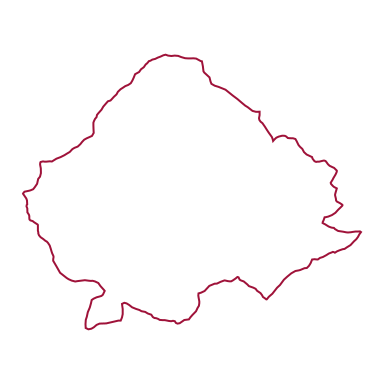 outline of Soe, Thimphu, Bhutan
{"feature_id": "84629894B34921780137315", "entity_name": "Soe", "entity_type": "district", "adm_level": 2, "iso_a3": "BTN", "parent_name": "Bhutan", "parent_adm1": "Thimphu", "projection": "orthographic", "projection_center": [89.325, 27.786], "detail": "fine", "context": "isolated", "style": "outline", "palette": "rose", "viewbox_px": 384, "rotation_deg": 0, "n_neighbors": 0, "source": "geoboundaries", "source_scale": "gbopen_adm2", "svg_char_len": 4644}
<svg xmlns="http://www.w3.org/2000/svg" viewBox="0 0 384 384"><path d="M201.9,61.3L200.8,61.1L196.2,58.6L193.5,58.3L190.8,58.4L188.0,58.4L185.1,58.2L181.3,57.1L178.2,55.9L174.7,55.6L171.4,56.0L168.1,55.6L165.6,54.7L163.3,55.3L160.5,56.6L157.8,57.6L155.2,58.9L152.3,59.6L150.5,60.7L148.8,61.2L148.1,62.2L146.6,63.8L145.8,64.3L143.8,67.2L141.0,69.3L139.1,72.0L135.1,74.2L133.6,77.9L132.4,80.5L130.8,83.2L128.3,84.9L125.3,86.1L122.8,87.8L120.6,89.2L117.9,91.8L116.5,94.4L113.9,96.8L112.1,98.8L110.5,100.5L107.9,101.3L105.8,103.7L103.3,106.6L101.5,109.7L98.3,113.3L97.0,114.9L96.5,117.2L95.1,118.8L94.0,121.0L93.4,122.7L93.4,125.4L93.5,128.8L93.7,132.9L92.0,135.9L89.4,137.1L86.7,138.3L84.2,139.7L82.2,141.8L80.3,144.2L77.7,146.6L74.6,147.8L72.4,149.1L69.7,152.0L67.3,153.4L64.4,155.2L60.6,157.1L56.4,158.7L51.9,161.5L49.8,161.3L47.8,161.5L45.9,161.7L44.7,161.7L43.0,161.4L40.6,162.0L40.2,163.0L40.1,164.6L40.8,168.3L40.9,171.8L40.9,173.2L40.0,176.7L38.2,178.9L37.1,183.8L34.7,187.3L33.2,189.2L30.6,190.3L29.2,190.7L24.5,191.7L23.3,193.1L23.0,193.7L26.3,198.5L27.0,200.5L27.2,204.4L26.7,205.0L26.5,206.4L27.3,208.4L27.4,212.4L28.3,213.7L29.0,214.9L29.3,216.1L29.3,218.0L29.5,219.5L30.4,220.4L32.7,221.1L33.9,222.1L37.6,224.5L37.9,225.0L37.9,227.0L37.9,229.6L37.9,230.7L38.3,232.3L38.3,233.5L39.0,235.3L40.6,237.2L43.2,239.0L45.5,240.9L46.7,241.5L48.0,242.9L49.7,245.5L50.9,249.2L51.5,251.3L52.2,253.4L53.1,255.3L53.5,256.3L53.5,257.6L53.2,259.0L53.2,260.8L56.3,266.1L60.1,272.8L66.7,278.0L68.6,279.2L71.7,280.6L75.2,281.5L77.6,281.1L84.9,280.2L88.7,280.7L90.6,280.9L92.6,280.8L94.9,281.4L98.3,283.0L100.4,286.0L104.0,290.0L104.7,290.9L102.9,294.7L101.5,295.9L99.6,296.5L96.6,297.3L93.6,298.7L91.7,300.0L91.0,303.2L89.8,307.5L87.8,312.2L86.8,316.8L85.8,319.8L85.5,324.1L85.7,328.0L88.4,329.3L91.4,328.7L93.8,327.3L96.6,324.9L99.6,323.6L106.2,323.4L114.1,321.6L118.4,320.6L120.7,320.6L122.0,317.4L122.7,314.1L122.7,311.5L122.7,309.0L122.1,304.8L122.0,303.9L124.3,302.8L126.6,303.4L129.2,305.0L132.1,307.3L136.0,308.9L139.4,310.0L141.5,311.2L145.2,311.9L147.8,313.5L151.3,314.7L152.8,317.0L154.4,318.0L156.2,318.2L158.1,318.9L159.7,319.9L162.2,320.1L164.6,320.1L166.7,320.5L169.1,321.0L171.2,321.2L173.0,320.8L174.8,321.2L175.9,322.9L177.5,323.6L179.7,323.2L184.3,320.0L188.9,319.4L190.3,317.4L192.4,315.0L196.0,311.3L197.6,307.9L198.9,305.8L199.3,303.2L199.3,301.3L198.7,298.1L198.3,295.6L198.5,293.4L201.0,292.7L204.6,291.0L209.3,285.9L214.6,283.7L216.9,283.6L219.6,282.3L220.4,281.9L223.9,280.6L224.7,280.4L227.8,281.1L229.2,281.3L231.2,281.3L232.7,280.5L235.6,278.5L237.4,277.0L238.5,277.3L239.3,278.9L239.7,279.7L241.1,280.5L243.7,281.4L247.4,284.5L248.9,286.1L253.4,287.7L255.6,288.8L257.1,290.8L260.5,293.1L262.0,295.1L263.0,297.0L264.5,298.0L266.3,299.4L266.8,299.3L268.8,296.8L271.1,294.8L272.3,293.8L277.1,287.7L280.0,285.0L283.9,279.7L287.2,276.7L291.3,273.3L295.4,271.0L298.7,270.4L300.2,270.0L304.5,268.2L306.8,268.0L309.0,265.8L310.7,263.0L312.1,259.5L314.7,259.2L316.1,259.4L317.8,259.5L320.0,257.9L322.9,257.0L326.4,255.1L328.9,253.5L331.8,252.4L332.8,251.9L333.8,252.1L334.9,252.7L337.1,251.3L339.5,250.3L342.7,249.2L344.6,248.9L346.6,247.5L349.2,245.9L350.5,245.1L354.0,241.3L356.3,239.2L358.0,236.9L359.3,234.4L361.0,232.1L360.0,231.4L358.5,231.5L355.8,231.5L352.1,232.0L351.2,232.2L348.0,232.5L346.1,232.3L343.1,231.7L338.4,231.0L337.6,230.7L336.4,229.9L335.0,229.1L333.9,227.9L332.0,227.7L330.6,227.3L328.6,226.5L325.1,224.3L323.5,223.5L322.6,223.0L322.8,221.8L323.5,220.5L324.6,217.3L325.6,217.2L328.2,216.6L331.9,215.1L335.4,212.8L338.2,209.7L340.7,207.3L342.3,205.7L342.5,205.1L342.0,204.5L339.7,203.0L338.3,202.3L336.8,201.5L336.1,200.5L335.9,198.7L335.1,195.4L335.1,194.4L335.6,192.5L336.8,188.4L334.1,187.0L333.0,186.1L331.0,183.9L330.7,182.8L332.6,179.7L333.4,178.1L335.6,174.4L336.5,172.4L336.8,171.5L336.8,170.6L336.1,169.9L334.1,167.9L332.3,167.1L331.1,166.5L329.6,165.8L328.0,164.3L326.5,162.2L325.5,161.0L324.3,160.6L323.5,160.6L319.0,161.7L317.3,161.7L316.1,161.9L314.5,161.2L312.5,158.6L312.1,157.1L306.6,154.5L304.0,152.1L302.3,148.9L300.0,146.8L298.5,145.0L296.6,141.1L295.4,139.0L293.1,138.3L289.5,138.2L287.8,138.0L286.2,136.5L284.8,135.8L282.2,135.7L278.7,136.6L276.3,137.7L274.4,139.5L273.1,141.0L272.6,138.9L271.8,136.9L268.7,132.6L267.1,130.2L264.9,126.7L262.4,123.1L260.6,121.7L259.4,120.0L259.0,118.2L259.6,115.1L259.6,111.7L257.8,111.8L255.9,111.8L252.5,110.9L247.6,107.1L245.3,105.7L241.7,102.7L237.5,99.1L232.7,95.5L225.5,89.7L218.6,86.9L214.7,85.7L211.4,83.8L210.5,81.4L209.5,77.4L206.7,74.8L204.3,72.6L203.5,71.4L203.1,68.2L202.9,66.4L201.9,61.3Z" fill="none" stroke="#9f1239" stroke-width="2"/></svg>